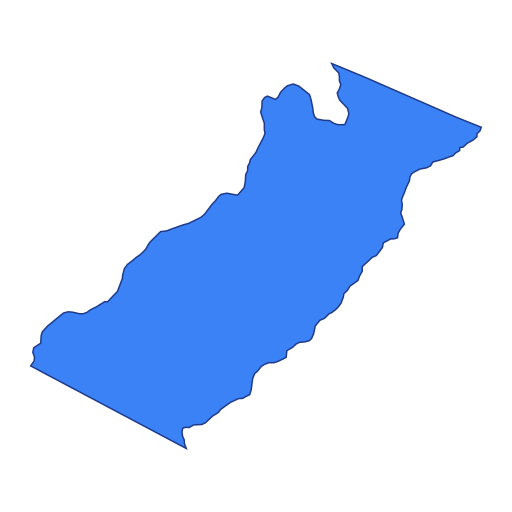 Fortuna, Maranhão, Brazil
{"feature_id": "56859067B73470842348249", "entity_name": "Fortuna", "entity_type": "district", "adm_level": 2, "iso_a3": "BRA", "parent_name": "Brazil", "parent_adm1": "Maranhão", "projection": "albers", "projection_center": [-44.009, -5.664], "detail": "fine", "context": "isolated", "style": "filled", "palette": "blue", "viewbox_px": 512, "rotation_deg": 0, "n_neighbors": 0, "source": "geoboundaries", "source_scale": "gbopen_adm2", "svg_char_len": 2563}
<svg xmlns="http://www.w3.org/2000/svg" viewBox="0 0 512 512"><path d="M481.3,127.3L456.2,117.2L419.7,101.2L364.4,77.0L331.7,63.5L333.9,68.0L338.7,72.9L339.4,76.5L339.4,80.8L340.8,84.6L339.2,89.4L337.2,93.0L338.4,97.2L339.7,100.1L347.6,108.4L348.9,114.1L347.1,119.2L344.8,124.6L338.0,124.7L334.1,123.5L329.4,120.5L323.6,120.3L317.1,119.1L314.7,116.9L313.3,112.8L312.7,107.9L311.1,99.8L309.5,94.6L298.7,86.0L293.2,84.0L287.3,85.8L284.5,88.1L280.6,92.2L278.2,97.0L275.4,99.4L267.5,96.1L264.6,97.5L262.1,101.0L261.9,107.4L260.7,112.0L261.9,116.1L264.3,123.1L264.3,129.5L265.0,133.8L262.8,138.7L257.9,148.0L256.0,152.3L253.3,155.9L250.4,159.4L249.5,163.0L247.7,166.5L247.6,170.8L245.7,174.6L245.3,181.7L244.1,187.7L237.5,195.2L226.8,193.2L221.2,194.3L218.7,196.4L215.1,201.2L212.2,204.1L204.7,214.0L201.3,217.1L197.2,219.2L188.3,223.5L183.4,224.8L172.0,228.8L166.6,230.9L160.6,231.6L149.8,242.3L147.8,245.4L146.1,248.7L143.1,252.0L139.9,254.9L136.2,257.4L132.2,260.8L127.5,264.4L124.4,268.6L122.8,274.6L122.3,278.6L117.5,291.4L113.3,295.7L107.7,301.7L104.6,301.7L96.3,306.9L93.0,308.5L89.8,310.2L87.1,312.3L83.1,313.8L79.3,313.7L72.2,312.1L68.1,311.8L63.6,313.0L61.1,314.9L47.4,326.2L42.2,332.0L41.2,335.5L40.7,343.2L33.8,347.7L32.8,352.2L34.5,357.2L34.1,361.0L30.7,365.9L44.5,373.3L186.3,448.5L184.4,443.5L184.2,439.9L182.6,436.3L182.0,432.0L182.7,428.2L185.8,427.3L189.2,427.5L193.7,424.9L201.8,424.5L205.5,422.7L209.0,419.4L212.5,416.1L215.5,414.3L218.4,412.4L220.8,409.3L224.4,406.7L230.6,402.3L238.5,398.6L242.6,398.4L245.5,396.7L249.7,394.6L251.2,389.9L252.0,383.2L252.8,378.0L254.8,373.4L257.4,371.3L261.2,366.5L264.4,364.4L268.8,362.7L273.9,362.7L278.2,361.3L286.1,357.4L286.9,350.6L292.6,347.3L295.9,344.2L299.5,342.3L304.7,341.9L309.5,340.6L311.7,338.3L313.8,333.1L315.3,325.9L320.0,320.2L324.2,318.5L326.7,316.2L328.9,313.9L331.7,312.6L335.4,309.8L338.0,307.3L341.1,303.1L343.3,297.1L343.9,293.6L347.3,290.5L349.9,286.2L354.5,282.9L357.9,280.5L359.7,275.7L362.2,271.3L362.3,266.6L365.4,263.7L368.8,260.6L372.2,257.3L376.2,255.6L380.3,250.4L382.4,247.5L383.3,242.9L390.5,239.0L394.4,238.8L397.5,237.8L398.1,233.2L400.6,228.8L404.4,224.2L402.0,216.4L400.7,213.1L401.8,209.8L402.3,204.7L401.5,200.1L402.7,196.5L404.2,193.1L406.4,187.2L409.4,180.8L409.9,177.2L411.4,174.0L414.1,172.0L419.8,169.1L426.5,167.8L430.6,165.8L432.8,162.0L439.6,160.2L444.6,158.7L449.5,156.8L453.0,155.7L455.5,153.0L459.6,150.6L459.8,147.5L463.1,147.1L467.3,143.2L473.0,140.1L476.9,136.8L477.1,133.5L479.9,131.0L481.3,127.3Z" fill="#3b82f6" stroke="#1e3a8a" stroke-width="1.5"/></svg>